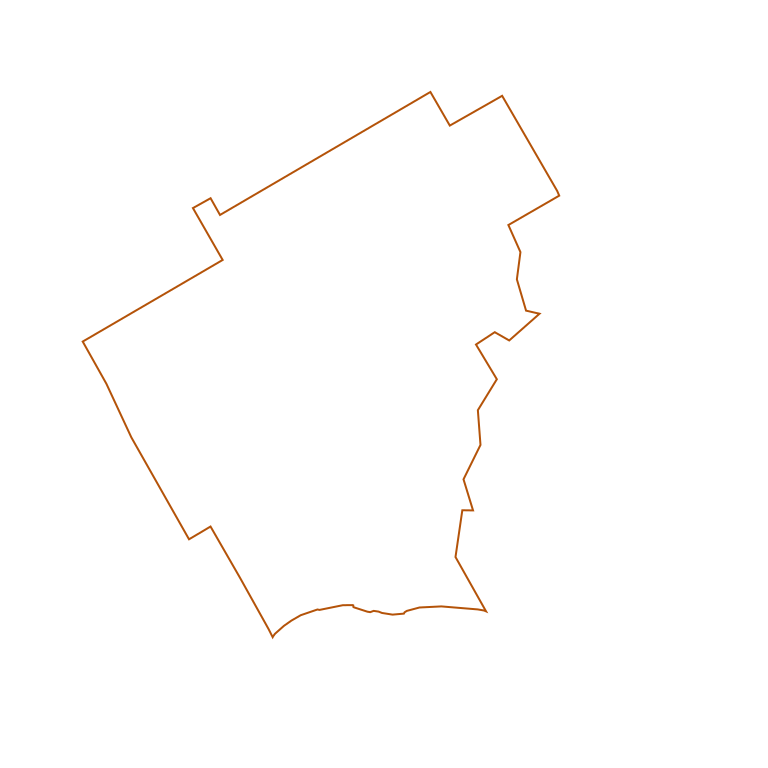 outline of Warrick, Indiana, United States of America, rotated 330°
{"feature_id": "52423323B97453793122167", "entity_name": "Warrick", "entity_type": "district", "adm_level": 2, "iso_a3": "USA", "parent_name": "United States of America", "parent_adm1": "Indiana", "projection": "natural_earth1", "projection_center": [-87.298, 38.062], "detail": "fine", "context": "isolated", "style": "outline", "palette": "amber", "viewbox_px": 768, "rotation_deg": 330, "n_neighbors": 0, "source": "geoboundaries", "source_scale": "gbopen_adm2", "svg_char_len": 934}
<svg xmlns="http://www.w3.org/2000/svg" viewBox="0 0 768 768"><g transform="rotate(330 384 384)"><path d="M306.5,136.1L306.3,195.9L265.1,196.1L144.3,196.6L143.7,245.0L138.5,303.9L138.0,362.7L137.5,421.0L162.5,420.7L162.4,480.0L161.5,538.6L161.0,547.6L161.8,547.1L164.7,545.8L176.5,543.4L185.5,542.6L196.3,542.6L213.6,546.0L215.2,547.4L225.9,551.0L237.8,555.0L245.9,559.6L246.3,559.8L246.7,560.3L246.0,561.8L246.4,562.5L255.8,572.9L258.0,574.7L261.6,575.3L265.5,578.4L267.8,581.3L276.1,588.0L286.4,592.8L287.7,592.0L290.3,591.9L303.0,595.3L321.9,605.0L322.2,605.1L352.5,626.1L357.4,630.2L358.7,631.9L359.4,569.6L388.7,532.5L397.9,538.0L405.2,506.3L437.1,485.0L452.2,453.6L484.1,436.3L483.4,395.8L505.8,394.5L514.2,408.9L553.8,400.9L543.7,391.5L551.4,359.8L568.1,338.0L571.2,308.5L629.9,308.5L630.5,303.5L630.4,193.5L570.2,193.1L570.2,154.3L326.5,155.6L326.7,136.4L306.5,136.1Z" fill="none" stroke="#b45309" stroke-width="2"/></g></svg>